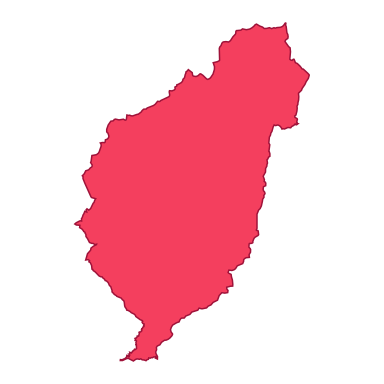 outline of Subachoque, Cundinamarca, Colombia
{"feature_id": "7082276B58958206907814", "entity_name": "Subachoque", "entity_type": "district", "adm_level": 2, "iso_a3": "COL", "parent_name": "Colombia", "parent_adm1": "Cundinamarca", "projection": "mercator", "projection_center": [-74.164, 4.965], "detail": "fine", "context": "isolated", "style": "filled", "palette": "rose", "viewbox_px": 384, "rotation_deg": 0, "n_neighbors": 0, "source": "geoboundaries", "source_scale": "gbopen_adm2", "svg_char_len": 5951}
<svg xmlns="http://www.w3.org/2000/svg" viewBox="0 0 384 384"><path d="M157.4,359.0L157.5,356.6L155.8,353.2L155.8,351.5L156.6,349.8L156.4,347.3L157.3,346.0L159.9,344.8L161.5,342.3L164.4,340.3L166.2,340.1L168.1,339.3L169.9,338.0L171.8,335.9L172.5,334.6L172.5,333.8L171.1,332.0L170.5,329.7L171.3,327.3L172.6,325.1L176.7,322.7L179.1,321.9L179.8,320.1L180.9,318.5L181.8,318.1L184.3,318.0L185.8,316.0L189.9,314.4L191.9,312.0L197.8,310.2L199.1,308.1L201.1,308.7L202.2,308.8L206.6,307.9L208.2,306.1L211.0,304.9L213.1,302.4L217.5,300.2L219.2,295.5L221.8,292.7L224.8,293.1L227.7,292.6L228.0,290.4L226.8,289.0L226.7,287.2L230.6,286.2L232.7,286.1L232.8,284.3L232.4,280.0L231.5,277.0L231.1,274.4L228.6,273.1L228.1,272.5L228.9,270.1L231.9,270.5L234.0,269.8L235.5,268.7L237.3,265.8L242.7,263.6L243.6,261.4L243.7,259.5L245.2,258.2L246.3,257.7L249.4,257.4L249.1,255.0L249.2,254.4L250.5,252.3L250.6,249.5L250.2,248.6L248.9,247.1L249.1,244.0L249.4,243.5L251.3,243.4L252.6,242.9L252.9,242.3L252.8,241.4L254.0,238.4L255.1,237.2L258.0,235.5L258.6,234.7L258.2,231.0L257.9,230.6L256.6,230.4L256.3,230.0L257.0,228.3L257.0,214.2L258.6,210.1L260.1,208.6L261.4,205.9L262.5,200.8L262.6,199.4L264.0,197.2L263.8,195.5L265.0,193.7L264.7,192.2L263.6,190.9L263.1,189.2L263.5,186.7L265.7,185.7L265.8,183.3L265.4,182.2L264.2,181.5L264.4,179.6L263.2,176.2L265.5,172.1L265.6,168.5L266.9,166.0L266.9,164.7L267.5,163.1L267.0,159.8L267.8,159.0L268.5,157.2L269.9,156.3L269.9,153.8L269.3,151.7L268.9,151.4L269.8,144.7L268.8,143.1L269.4,137.0L270.4,135.4L270.9,133.0L271.9,131.5L273.1,127.1L274.1,125.0L275.7,125.6L277.5,125.0L278.5,125.2L279.6,125.8L281.1,127.4L282.0,129.1L282.8,128.7L284.5,129.0L287.9,127.5L290.7,127.8L291.7,126.5L293.8,125.4L295.1,124.0L295.9,124.8L296.6,124.8L298.0,123.7L297.0,123.5L296.7,122.8L296.8,122.2L297.1,122.4L296.8,121.3L297.4,119.4L297.1,118.6L295.0,117.4L294.7,116.0L295.9,115.1L296.9,111.2L297.2,108.1L297.0,106.2L297.9,104.3L297.9,102.9L298.6,100.0L298.8,96.6L298.5,93.6L298.6,93.1L301.5,90.3L302.2,88.4L304.9,84.5L306.2,81.6L308.3,78.5L309.2,75.4L309.1,74.7L307.8,73.3L303.3,69.1L302.2,69.0L300.1,66.2L297.3,63.5L295.4,62.7L294.3,59.8L293.9,59.2L293.2,59.3L292.1,60.4L290.7,60.0L289.8,59.2L290.5,51.8L290.1,47.8L288.6,46.6L285.0,41.5L285.6,40.0L287.8,38.4L288.1,36.8L287.8,34.5L286.9,32.7L286.2,26.7L285.6,25.0L285.9,23.5L285.7,23.0L285.2,23.1L283.6,25.4L282.2,26.6L280.4,27.3L276.8,27.6L275.2,28.2L274.0,27.7L271.7,28.6L269.4,27.7L266.7,28.4L264.2,28.5L262.6,27.1L259.7,26.0L256.5,24.1L255.2,24.7L253.8,26.3L251.8,27.9L249.6,29.1L246.4,29.7L242.5,28.9L240.8,30.2L236.4,30.6L235.9,31.3L235.7,33.6L235.3,34.3L233.0,36.7L230.5,40.6L228.7,42.0L225.9,41.6L223.5,41.9L222.8,42.2L221.9,43.2L221.0,45.6L219.7,47.1L219.3,48.5L219.6,60.2L219.3,60.7L217.3,61.7L213.2,62.7L214.5,66.7L214.4,69.5L213.0,74.1L210.5,77.8L209.3,78.7L207.8,79.4L206.6,78.9L202.9,75.3L200.8,73.9L200.0,73.9L197.9,75.8L196.0,76.5L193.4,76.1L192.7,75.5L192.2,72.6L188.3,69.6L187.5,70.7L185.9,72.0L185.9,73.1L185.3,74.3L184.6,77.3L183.9,78.5L183.0,79.2L182.7,80.8L181.5,82.5L177.9,84.5L176.9,84.7L176.7,86.1L174.9,87.1L175.2,88.8L174.4,89.9L172.0,90.9L169.5,90.7L169.2,91.9L169.7,94.9L169.5,95.9L168.9,96.7L161.0,100.4L159.7,101.5L157.6,101.3L155.3,104.2L153.5,105.5L147.1,108.0L146.3,109.0L143.6,109.2L142.0,110.7L141.4,111.8L138.2,114.3L137.3,114.3L132.7,115.9L131.0,115.8L129.8,115.2L128.5,115.4L126.9,115.0L126.4,119.2L125.9,120.0L125.2,120.2L123.4,119.2L119.0,119.9L115.5,119.1L114.2,119.5L113.7,120.4L113.0,120.9L110.8,121.2L108.2,125.0L106.7,129.3L106.7,131.8L107.3,132.7L107.9,133.0L108.8,135.8L108.8,137.0L108.2,138.1L107.5,139.0L105.4,139.8L105.2,141.9L104.6,142.6L102.3,142.5L100.3,143.0L101.0,144.0L101.2,146.0L99.2,151.8L98.4,153.2L96.4,154.7L91.9,155.5L91.1,161.4L90.6,162.5L92.2,165.0L92.0,166.7L91.2,167.4L90.5,167.7L88.7,169.8L85.7,170.8L84.3,173.7L82.3,175.8L83.0,176.4L83.0,178.6L84.8,183.1L91.0,196.9L91.7,197.6L95.7,198.7L94.7,200.3L94.0,202.5L93.2,203.2L90.6,208.6L88.8,210.1L87.0,208.8L86.1,209.8L86.7,212.0L84.8,211.3L83.8,213.9L83.1,214.9L82.2,217.7L81.5,218.5L81.6,221.0L80.4,220.8L79.6,221.0L76.3,222.7L74.8,224.0L76.3,225.0L79.9,225.3L79.6,227.6L81.8,228.9L83.3,230.6L83.7,231.5L85.0,232.3L85.1,233.3L85.9,234.4L86.0,236.6L87.5,238.6L89.5,242.5L91.8,243.4L93.1,243.4L94.9,244.6L96.6,244.2L96.5,244.6L93.4,246.2L91.0,248.1L90.6,250.2L87.5,253.7L85.7,260.0L88.1,259.6L89.5,260.6L88.9,261.8L90.2,262.5L91.6,265.5L92.0,269.2L92.8,269.4L93.1,270.5L95.3,272.0L99.0,275.9L100.6,276.7L102.2,276.9L102.8,277.9L104.5,279.2L105.2,280.6L106.4,280.9L108.2,282.6L109.5,285.6L110.7,286.5L112.2,291.0L112.0,291.6L112.4,292.5L113.6,293.3L114.1,294.3L116.4,295.7L116.8,296.3L121.2,298.1L122.4,299.7L123.7,300.7L124.2,301.9L124.7,306.0L125.1,307.1L126.4,308.9L126.7,310.1L128.2,310.5L130.0,311.5L131.3,312.7L134.0,314.0L135.4,315.3L135.8,316.5L140.2,319.7L142.3,320.6L142.7,321.2L142.2,321.7L142.1,322.3L142.9,323.5L144.1,324.0L144.1,324.8L143.7,325.2L144.0,325.6L143.7,326.1L143.9,326.6L142.9,327.1L142.5,328.3L141.8,328.6L141.9,329.3L141.4,329.9L141.8,330.4L141.8,330.8L140.5,332.0L139.8,331.9L139.0,332.3L139.3,333.6L138.6,336.1L137.9,336.3L137.3,336.0L137.1,337.0L136.5,337.4L136.4,337.9L135.0,338.4L135.5,339.1L135.1,340.4L136.2,340.5L136.5,341.0L135.9,342.7L136.3,344.0L135.8,344.4L135.9,344.9L136.4,345.1L136.5,348.5L135.4,349.5L134.5,349.2L133.6,350.7L132.7,351.0L131.5,352.9L129.8,352.3L130.0,352.9L129.5,353.4L129.5,354.2L128.9,354.2L129.7,355.1L129.1,355.7L129.3,356.3L129.2,356.7L128.6,356.6L128.4,355.7L127.5,356.1L127.2,355.4L126.9,355.3L126.3,357.7L125.6,357.9L124.6,358.9L123.3,359.1L122.5,359.8L120.4,359.6L120.3,360.5L122.6,360.5L126.2,358.8L128.1,358.3L133.4,361.0L135.6,359.4L137.0,358.9L139.7,359.3L140.8,358.8L142.1,359.8L144.2,360.0L146.0,360.7L147.0,359.7L148.4,359.3L148.7,357.9L150.2,358.2L151.2,357.6L152.6,357.7L153.4,357.0L154.8,357.0L155.7,356.5L155.8,357.4L156.3,357.8L155.7,358.2L157.4,359.0Z" fill="#f43f5e" stroke="#9f1239" stroke-width="1.5"/></svg>